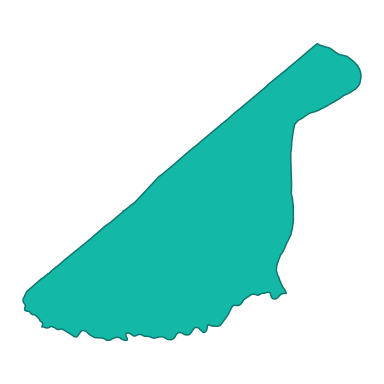 the district of Morazán, El Progreso, Guatemala
{"feature_id": "79465075B64841514160726", "entity_name": "Morazán", "entity_type": "district", "adm_level": 2, "iso_a3": "GTM", "parent_name": "Guatemala", "parent_adm1": "El Progreso", "projection": "natural_earth1", "projection_center": [-90.183, 14.99], "detail": "fine", "context": "isolated", "style": "filled", "palette": "teal", "viewbox_px": 384, "rotation_deg": 0, "n_neighbors": 0, "source": "geoboundaries", "source_scale": "gbopen_adm2", "svg_char_len": 4861}
<svg xmlns="http://www.w3.org/2000/svg" viewBox="0 0 384 384"><path d="M286.2,293.4L285.7,291.5L283.8,288.2L283.1,287.7L281.1,283.7L280.6,281.8L279.9,280.9L278.6,276.7L277.9,275.9L276.3,270.6L276.8,265.3L278.9,259.3L280.7,254.6L281.9,253.4L283.8,249.9L286.8,243.0L288.9,238.9L290.8,234.7L292.4,228.3L293.4,220.4L293.3,206.4L292.5,199.1L291.3,193.7L291.6,185.7L291.1,170.1L290.7,152.8L291.4,148.8L291.8,141.7L293.2,131.4L294.8,124.2L298.2,120.4L302.2,118.2L309.2,113.3L314.6,111.8L317.8,110.6L321.9,108.5L326.7,106.1L330.2,103.9L334.0,101.9L339.1,98.9L343.4,95.7L349.7,92.8L352.7,90.8L355.8,88.8L357.7,86.7L359.1,84.8L359.4,84.2L360.1,82.2L360.9,78.1L361.0,75.3L360.3,71.1L359.4,69.0L357.9,66.2L354.6,62.4L350.8,59.2L346.9,56.3L339.0,54.4L335.7,52.4L330.9,48.7L328.2,47.5L325.9,47.2L323.4,46.2L321.0,45.5L318.9,44.7L317.3,43.6L316.0,44.6L294.5,62.8L290.1,66.4L286.8,69.3L278.9,75.7L267.7,84.9L265.7,86.9L262.7,89.6L254.8,96.2L240.9,107.9L237.6,110.5L234.3,113.2L228.4,118.6L226.6,120.0L220.7,124.9L202.9,139.8L195.2,146.4L193.2,147.8L187.3,152.7L172.8,165.4L164.2,172.5L162.8,173.8L159.0,176.5L135.5,201.7L124.3,210.6L123.3,210.7L122.6,212.1L109.5,223.1L105.7,225.6L87.8,241.1L65.2,259.4L58.5,265.3L52.9,269.5L48.9,273.4L48.0,273.6L43.6,277.6L41.8,278.4L27.0,291.3L26.1,292.9L25.3,294.5L25.0,295.1L24.6,296.0L23.8,297.7L23.5,298.3L23.3,298.9L23.1,300.0L23.0,301.1L23.4,302.2L23.8,302.8L24.4,303.7L24.9,304.4L25.3,305.4L25.3,306.3L24.8,307.6L24.6,308.3L24.7,309.4L24.8,310.1L25.8,310.8L26.8,311.1L27.9,311.2L28.6,311.4L29.3,311.7L29.8,312.0L30.3,312.6L31.1,313.7L31.8,314.3L33.0,314.6L33.9,314.7L34.6,314.8L35.1,315.1L36.0,315.8L36.6,316.3L37.3,316.9L37.9,317.5L38.3,318.0L38.9,318.6L39.7,320.0L40.2,321.0L40.9,321.6L41.6,322.0L42.3,322.5L42.6,323.2L42.6,324.2L42.4,325.2L42.0,326.2L42.0,327.0L42.7,326.8L43.5,326.9L44.6,327.3L45.9,327.9L47.0,327.9L47.7,327.9L49.3,327.5L50.1,327.0L50.7,326.6L51.7,326.4L52.4,326.7L53.0,327.1L53.9,327.3L55.1,327.9L55.7,328.5L56.2,328.9L56.7,329.2L58.1,329.6L59.4,329.3L60.4,329.1L61.0,329.0L61.7,329.0L62.4,329.2L62.9,329.5L65.0,330.7L70.9,334.3L73.9,336.4L74.9,336.8L75.6,336.9L76.2,336.9L77.2,336.6L77.7,336.1L78.2,335.3L79.7,333.2L80.5,332.0L81.2,331.2L81.7,330.7L82.3,330.5L83.0,330.5L83.9,330.7L84.5,330.8L85.9,331.3L86.5,331.7L88.1,333.3L89.8,334.8L92.2,336.2L94.2,337.3L94.9,337.6L95.6,337.7L97.1,337.7L98.9,337.9L100.5,337.9L101.7,338.0L102.9,338.3L103.5,338.5L104.4,338.8L105.4,339.4L106.6,340.2L107.2,340.3L109.1,340.3L109.8,340.2L110.4,339.9L111.1,339.5L112.5,338.7L114.1,338.0L114.9,337.7L115.9,337.5L116.8,337.4L118.0,337.4L119.4,337.6L120.1,338.0L121.2,338.9L122.3,339.5L123.3,339.8L124.1,340.1L125.1,340.3L125.9,340.4L126.7,340.3L127.3,339.9L127.3,338.8L127.0,337.9L126.4,336.8L126.0,335.9L125.8,335.0L125.9,333.9L126.8,333.2L127.4,333.0L128.1,333.0L128.9,333.2L129.9,333.5L130.7,333.9L131.3,334.4L133.4,335.9L134.0,336.0L135.3,335.9L136.2,335.5L137.1,335.2L138.2,334.6L138.8,334.5L139.7,334.5L140.6,334.5L141.1,334.6L142.0,335.0L142.9,335.4L143.6,335.9L144.6,336.3L145.8,336.4L146.7,336.3L148.1,336.4L149.3,336.5L150.4,337.0L151.3,337.4L152.5,337.8L153.3,338.1L153.9,338.2L154.7,338.1L156.1,337.8L157.3,337.5L158.8,337.0L159.6,336.9L161.5,336.8L162.3,336.8L163.1,337.0L163.8,337.3L164.8,337.9L166.4,338.8L168.1,339.5L170.2,339.7L171.6,339.6L172.7,339.1L173.3,338.8L174.3,338.0L174.7,337.4L176.6,334.1L177.3,333.3L177.8,332.9L178.4,332.6L179.0,332.6L179.8,332.6L180.9,332.7L182.1,333.1L182.7,333.4L183.4,333.9L184.5,334.5L185.2,334.7L186.1,334.9L187.2,334.9L188.9,334.7L189.5,334.4L190.0,334.0L190.5,333.5L190.9,332.8L192.4,330.8L193.5,329.1L194.5,328.0L194.9,327.6L195.7,327.4L196.5,327.5L197.2,327.6L197.9,327.8L198.4,328.0L198.9,328.4L199.7,329.2L201.0,330.4L202.4,331.8L203.2,332.4L203.9,332.6L204.4,332.5L205.1,332.1L205.9,331.4L206.6,330.2L207.0,328.8L207.3,326.5L207.7,325.1L208.6,324.9L209.2,325.1L209.9,325.3L210.9,325.6L211.8,326.0L213.8,326.1L215.8,326.2L217.4,326.3L218.4,326.1L219.1,325.9L220.0,325.6L220.5,325.1L220.9,324.6L221.4,323.9L224.2,320.1L226.5,317.0L228.7,313.5L231.6,307.6L231.9,307.0L232.5,306.3L233.0,305.8L233.5,305.5L234.2,305.4L234.9,305.4L236.4,305.4L237.4,305.5L238.4,305.4L239.2,305.2L240.5,304.4L241.4,303.5L242.0,302.6L242.7,301.7L243.0,300.9L243.4,300.3L243.9,299.7L245.3,298.6L251.5,294.5L252.3,294.2L253.1,294.1L253.7,294.2L254.5,294.3L255.5,294.5L256.3,294.8L257.2,295.1L257.9,295.2L258.7,295.1L259.5,294.7L260.0,294.3L260.5,293.9L261.3,293.5L262.0,293.4L262.8,293.3L263.8,293.3L264.6,293.2L265.1,293.0L265.8,292.8L266.5,292.5L267.2,292.3L268.0,292.3L268.8,292.3L269.9,292.8L270.3,293.3L270.6,293.8L270.8,294.7L271.0,295.8L271.2,296.6L271.7,297.6L272.2,298.2L273.0,298.7L273.6,298.9L274.2,299.0L275.0,299.0L276.4,298.6L277.0,298.1L277.7,297.6L279.3,295.9L280.8,294.4L281.5,293.9L282.2,293.7L284.2,293.5L286.2,293.4Z" fill="#14b8a6" stroke="#0f766e" stroke-width="1.5"/></svg>